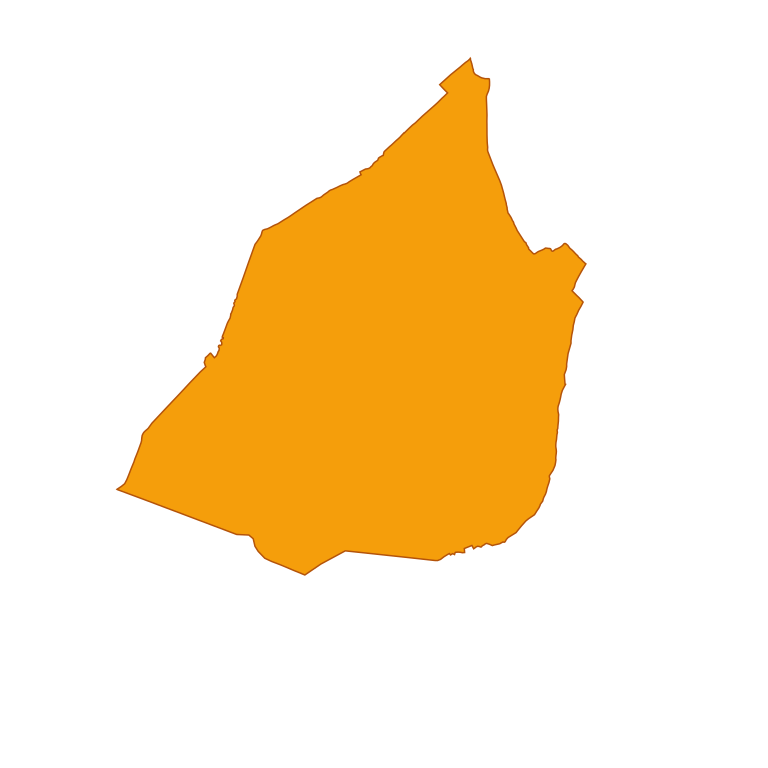 Dolhesti, Suceava, Romania, rotated 51°
{"feature_id": "2599482B42758921432370", "entity_name": "Dolhesti", "entity_type": "district", "adm_level": 2, "iso_a3": "ROU", "parent_name": "Romania", "parent_adm1": "Suceava", "projection": "albers", "projection_center": [26.513, 47.438], "detail": "fine", "context": "isolated", "style": "filled", "palette": "amber", "viewbox_px": 768, "rotation_deg": 51, "n_neighbors": 0, "source": "geoboundaries", "source_scale": "gbopen_adm2", "svg_char_len": 6170}
<svg xmlns="http://www.w3.org/2000/svg" viewBox="0 0 768 768"><g transform="rotate(51 384 384)"><path d="M194.3,396.3L196.1,399.3L201.1,407.5L204.3,412.8L212.9,426.7L221.9,441.6L223.4,442.8L224.9,444.9L225.0,445.7L224.9,446.7L225.2,447.4L226.1,447.8L226.4,448.6L226.4,449.2L226.9,450.0L228.0,450.4L228.6,450.7L229.1,451.3L229.5,453.0L231.2,455.2L232.1,456.8L232.9,458.2L233.2,459.2L233.8,459.5L235.9,462.1L237.0,464.9L237.7,466.5L238.3,467.7L241.6,473.2L243.9,477.1L245.3,479.7L246.0,480.3L246.8,479.7L247.6,480.4L247.0,482.2L247.7,483.8L248.7,483.7L250.0,484.2L251.3,485.4L251.1,486.8L250.2,487.6L250.2,488.4L250.9,489.3L252.4,489.4L254.1,491.1L254.4,492.3L256.0,494.9L256.7,496.9L256.8,499.3L251.0,499.3L250.7,499.9L251.1,503.1L251.2,505.6L251.2,506.2L252.5,507.5L254.1,510.1L257.0,511.2L258.5,511.6L258.7,514.2L259.0,519.1L260.8,533.4L263.3,551.1L264.3,558.8L265.8,570.0L268.4,589.0L270.1,595.2L270.2,597.1L270.2,598.5L270.3,599.9L270.5,601.3L271.1,602.9L271.8,604.3L273.5,606.2L275.5,608.1L276.7,609.7L281.7,618.0L285.5,624.8L287.1,627.2L290.5,633.5L294.2,639.9L296.5,644.1L298.3,648.3L298.3,652.6L297.8,657.8L298.2,657.7L320.5,644.5L365.4,618.2L408.2,593.2L416.3,584.1L421.9,583.0L428.9,586.4L434.9,587.1L444.4,586.3L451.2,583.0L459.3,578.3L472.0,571.5L482.6,565.7L484.2,546.3L489.3,519.1L502.7,505.7L534.0,474.5L553.5,455.2L554.9,453.5L555.9,450.4L556.0,446.0L556.6,441.4L556.9,439.9L558.7,439.9L558.9,438.7L559.0,437.5L560.4,436.7L560.9,436.5L559.8,434.8L559.8,434.3L561.3,432.2L562.8,430.6L564.5,429.2L565.7,427.4L562.4,425.1L564.8,417.3L568.5,418.0L568.6,415.9L568.6,414.9L569.0,413.4L570.1,412.3L571.5,411.5L571.9,410.8L571.6,409.6L571.7,408.8L572.0,407.3L572.0,405.6L572.5,404.5L575.1,402.8L577.7,401.5L578.6,399.4L580.3,396.0L581.0,394.5L581.6,391.0L582.6,390.2L582.8,389.1L581.8,386.7L581.4,384.2L581.8,381.0L582.3,377.2L582.6,374.8L582.1,372.8L580.8,366.6L579.7,359.9L579.7,356.2L580.3,349.3L578.9,345.3L577.8,341.7L576.6,339.2L575.9,338.3L574.9,334.4L573.4,332.4L572.6,331.0L572.0,329.6L571.2,327.8L569.7,325.4L568.6,324.1L567.6,322.8L566.2,320.7L565.2,319.1L564.3,317.7L563.5,316.7L562.5,315.4L562.0,314.8L560.2,313.9L559.4,313.3L558.8,311.5L557.4,307.0L555.0,302.5L553.1,300.2L551.1,298.1L549.7,297.2L548.1,295.7L546.2,293.7L544.8,292.4L543.3,291.4L540.9,290.0L539.4,288.8L537.5,287.0L535.7,284.9L532.3,281.6L531.0,280.0L530.5,279.5L530.1,279.3L529.1,278.7L528.4,278.0L528.1,277.2L527.5,276.6L525.9,275.1L522.7,271.9L521.3,270.7L519.4,269.1L517.8,267.6L516.7,267.0L515.1,266.2L513.0,264.8L512.0,263.9L510.9,262.7L508.9,259.6L507.2,257.3L505.7,255.4L503.4,252.7L501.2,249.4L499.9,246.4L498.5,243.1L498.0,243.4L497.3,242.9L493.2,240.1L490.1,237.9L487.5,233.5L485.4,231.1L483.3,229.4L480.4,226.3L476.2,221.8L470.0,213.0L468.0,211.4L464.2,207.4L460.6,203.0L457.6,200.0L455.3,196.9L452.9,194.1L451.3,190.4L449.2,186.3L447.6,182.1L445.7,177.8L445.4,177.7L445.1,177.7L442.8,177.9L439.6,178.1L436.7,178.5L430.1,179.2L429.8,179.1L429.6,178.3L429.5,177.6L428.6,175.4L428.2,174.7L426.7,172.8L425.7,171.4L424.3,168.3L423.0,165.3L420.8,159.8L418.5,153.7L417.7,151.5L416.9,151.7L414.9,152.0L414.0,152.2L412.5,152.3L411.5,152.3L409.3,152.7L407.9,153.0L406.9,152.9L406.0,152.7L404.4,153.1L403.3,153.1L401.8,153.3L401.1,153.3L400.3,153.3L399.3,153.5L398.0,153.6L395.6,154.1L394.8,154.1L393.5,154.0L391.8,153.9L390.4,154.2L389.7,154.3L388.8,154.8L388.4,155.4L388.3,155.8L388.4,156.5L388.7,158.1L388.7,159.6L388.6,161.1L388.2,163.0L387.7,164.9L387.2,166.0L387.2,166.6L387.2,168.3L387.0,169.3L386.4,169.8L385.9,169.9L383.9,169.5L383.5,169.6L383.0,169.9L382.0,171.0L380.5,172.4L380.0,173.0L379.9,173.5L379.8,175.0L379.3,177.0L378.3,180.3L378.1,181.4L378.0,182.4L377.9,184.2L377.6,185.0L377.3,185.6L376.6,185.9L375.2,186.1L372.9,186.3L370.6,186.6L370.1,186.5L369.7,186.4L369.5,186.2L369.1,185.9L368.1,185.8L367.3,185.7L365.9,185.6L365.0,185.4L364.3,185.1L363.8,184.9L363.3,184.8L362.8,185.0L362.0,185.3L361.5,185.3L360.3,185.2L356.7,184.8L348.5,183.9L347.1,183.5L346.1,183.2L345.4,183.1L343.6,182.7L341.9,182.4L340.8,182.0L339.7,181.5L338.9,181.4L337.7,181.3L335.6,180.7L334.0,180.4L330.4,180.0L329.4,180.0L328.6,179.8L328.0,179.4L325.7,178.3L324.5,177.4L323.2,176.8L321.5,176.0L320.7,175.4L317.0,173.8L313.6,172.2L310.7,170.8L303.3,167.6L299.2,166.2L295.7,165.2L285.6,162.4L281.8,161.3L268.6,157.0L267.3,156.3L265.2,154.4L262.6,152.7L260.6,151.3L256.4,148.1L254.6,146.7L247.1,140.7L244.4,138.6L239.8,134.7L231.7,128.6L227.5,125.5L225.6,124.0L225.4,123.8L224.9,123.4L224.2,122.3L223.9,121.9L222.0,118.3L221.2,117.3L220.6,116.4L218.3,114.0L215.6,111.8L213.3,110.2L212.7,110.4L210.9,112.6L210.3,113.3L207.7,115.3L206.2,116.1L203.0,117.3L201.6,118.0L199.9,118.3L198.3,118.1L196.9,117.6L195.9,116.7L194.7,116.4L190.7,114.4L188.3,113.4L187.4,113.1L186.5,112.8L185.7,112.1L185.2,112.0L185.4,112.5L185.6,114.6L185.6,115.9L185.4,118.3L185.5,123.1L185.6,124.8L185.6,137.4L186.4,152.3L187.3,152.3L190.3,152.1L193.9,151.8L197.8,151.4L198.3,156.7L198.4,158.9L199.1,165.4L199.3,169.0L199.5,173.6L199.8,181.0L200.0,185.8L200.3,189.3L200.4,190.8L200.8,195.1L200.7,198.9L201.1,204.1L201.7,210.3L201.4,210.4L201.9,214.3L202.2,215.8L202.4,218.5L202.5,221.4L203.0,228.2L203.0,229.8L203.4,236.0L203.5,237.2L203.7,238.0L204.3,238.8L205.0,239.7L205.5,240.3L205.9,240.8L205.5,241.7L205.4,242.3L205.4,242.7L205.3,243.2L205.2,243.8L205.1,244.0L205.1,244.4L205.0,245.2L205.0,246.1L206.0,247.7L206.1,248.4L206.1,249.5L205.9,250.7L205.9,252.4L206.1,253.7L206.6,255.0L206.9,255.7L206.9,256.2L206.9,257.3L207.0,258.1L207.1,258.6L207.1,259.3L206.7,260.6L206.1,261.8L205.3,263.1L204.0,269.2L205.5,269.8L207.0,270.1L205.5,279.4L204.9,283.9L204.8,286.2L204.1,288.4L203.2,290.4L202.3,293.6L201.6,296.9L200.8,299.9L200.4,301.5L199.7,303.3L199.5,304.4L199.4,305.3L199.5,307.0L199.1,311.6L199.1,312.5L199.2,314.2L199.1,315.7L198.6,317.2L197.5,319.3L196.0,332.3L194.9,345.1L194.5,350.7L194.2,353.8L193.5,358.5L192.8,364.8L192.6,366.0L191.8,368.6L191.3,370.7L191.2,371.5L190.6,374.6L190.0,377.0L188.8,379.5L188.6,380.3L188.3,381.4L188.5,382.2L189.2,383.3L190.4,384.9L191.0,385.9L191.4,386.6L192.3,389.3L193.0,391.4L193.5,393.1L194.0,395.1L194.3,396.3Z" fill="#f59e0b" stroke="#b45309" stroke-width="1.5"/></g></svg>